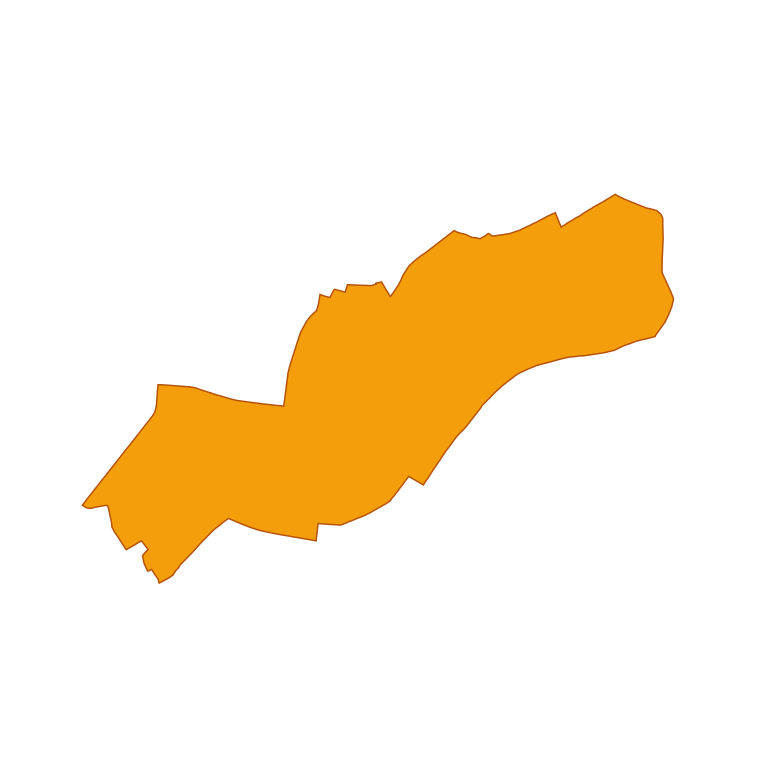 outline of Sai Noi, Nonthaburi, Thailand, rotated 63°
{"feature_id": "78962969B41113912709899", "entity_name": "Sai Noi", "entity_type": "district", "adm_level": 2, "iso_a3": "THA", "parent_name": "Thailand", "parent_adm1": "Nonthaburi", "projection": "mercator", "projection_center": [100.322, 14.005], "detail": "fine", "context": "isolated", "style": "filled", "palette": "amber", "viewbox_px": 768, "rotation_deg": 63, "n_neighbors": 0, "source": "geoboundaries", "source_scale": "gbopen_adm2", "svg_char_len": 6093}
<svg xmlns="http://www.w3.org/2000/svg" viewBox="0 0 768 768"><g transform="rotate(63 384 384)"><path d="M491.8,394.7L490.9,393.4L489.0,389.9L488.1,388.0L487.6,387.1L486.9,386.1L486.5,385.2L485.6,383.8L483.9,380.9L482.8,379.1L480.5,374.8L479.6,373.3L477.3,369.0L472.7,360.9L471.2,358.0L470.2,355.8L468.9,353.2L467.6,350.7L466.3,348.0L465.6,346.8L465.1,345.8L463.8,343.1L463.4,342.1L462.8,340.2L462.3,339.1L462.1,338.2L460.9,334.5L460.2,332.6L459.6,330.9L458.9,329.2L455.3,321.7L453.4,317.6L451.9,314.3L449.6,309.4L449.0,308.4L447.8,306.4L447.5,305.7L447.1,304.6L445.5,299.8L444.8,297.5L443.5,293.6L442.6,291.2L441.3,286.7L440.3,283.1L439.5,280.0L439.1,278.8L438.7,276.6L438.1,273.4L437.7,271.6L436.9,267.2L436.8,265.9L436.3,263.8L436.1,262.8L436.0,261.8L435.8,260.9L435.8,259.9L435.7,257.2L435.9,255.1L435.8,254.4L435.9,253.8L436.0,250.9L436.0,249.6L436.1,248.3L436.8,239.9L437.0,238.7L437.6,235.8L438.1,233.5L439.0,229.4L439.7,226.3L441.2,218.9L441.9,215.3L442.2,214.4L442.9,211.3L443.5,208.6L446.5,200.7L447.9,196.7L449.7,192.8L450.1,191.6L452.0,186.0L453.3,181.9L456.1,173.5L456.5,172.0L456.7,171.2L457.1,169.3L457.5,167.6L457.7,166.6L458.2,164.9L458.4,164.0L458.5,162.7L458.6,160.9L458.7,154.7L458.7,153.3L459.2,149.3L459.8,145.4L460.1,142.2L460.4,139.7L461.6,134.1L462.2,132.2L464.7,121.5L464.7,121.2L464.6,120.6L464.1,120.3L456.3,105.3L451.1,98.5L445.8,92.5L443.1,90.3L440.7,88.1L439.3,87.3L438.6,87.2L432.5,86.6L415.6,85.9L410.7,85.6L399.5,79.7L381.4,69.4L366.8,62.4L364.9,61.3L362.4,60.3L360.6,60.2L359.1,60.2L357.8,60.4L356.7,60.9L355.9,61.3L354.8,61.6L353.2,62.4L350.2,65.6L346.3,70.3L344.0,72.4L337.8,77.8L328.6,85.7L325.7,87.9L323.8,89.4L320.0,91.9L320.6,100.2L320.8,102.5L321.1,105.9L321.3,113.3L321.5,117.3L321.6,118.3L321.8,119.3L321.9,122.7L322.1,124.2L322.2,125.3L322.3,127.8L323.1,132.8L323.1,136.1L323.1,137.2L323.2,139.3L323.5,141.8L323.6,143.4L323.6,144.3L323.8,147.1L324.2,150.3L324.6,154.9L321.1,154.7L316.9,154.3L309.2,153.6L309.1,156.0L308.9,157.3L308.8,158.3L308.9,160.1L308.9,160.7L308.7,162.3L308.7,163.6L308.9,165.0L308.9,167.1L309.0,173.9L309.0,176.4L308.9,177.3L308.9,179.7L308.9,182.8L308.7,186.1L308.7,188.1L308.5,193.3L308.5,193.9L307.9,197.7L307.6,200.0L307.4,201.3L307.3,202.1L307.0,203.8L306.6,205.5L305.9,207.0L305.4,208.8L304.5,211.6L303.7,213.7L302.2,218.3L301.9,219.1L301.2,220.2L300.5,220.7L300.1,221.0L299.7,221.3L298.6,221.7L298.0,222.0L297.5,222.5L297.3,222.7L297.3,222.8L297.3,223.2L297.5,224.5L297.7,225.5L297.9,226.3L298.0,226.8L298.0,230.4L298.2,231.7L298.2,232.3L298.0,232.7L297.5,233.4L296.9,233.9L296.4,234.5L295.3,235.7L295.1,236.0L294.6,237.2L293.4,238.9L292.2,240.0L290.3,241.4L288.2,243.0L287.2,243.9L284.0,247.8L282.7,249.1L281.9,249.9L279.1,251.9L279.1,252.0L279.4,253.1L280.0,256.5L280.3,257.7L280.4,259.1L280.8,260.6L281.6,264.8L282.6,270.0L284.7,281.2L285.9,287.3L286.5,292.9L288.0,300.4L289.6,306.4L290.3,308.4L291.5,310.6L295.8,317.8L298.5,321.0L300.2,323.2L302.0,325.8L305.9,332.5L308.8,338.2L308.8,338.5L308.6,338.8L304.4,339.0L301.4,339.3L298.5,339.5L292.0,339.8L291.0,343.7L290.4,345.4L290.5,345.5L291.3,345.4L291.4,345.5L290.7,350.6L290.4,350.9L282.7,364.9L278.9,371.5L281.3,373.7L282.8,375.3L284.6,376.8L284.3,377.3L283.6,377.9L277.3,384.9L277.2,385.1L277.1,385.4L280.0,389.6L282.4,392.9L279.8,395.8L277.7,398.1L275.1,400.3L279.5,403.5L281.1,404.7L282.2,405.5L283.4,406.5L284.7,407.6L286.0,408.8L287.4,410.3L288.0,411.0L288.2,411.4L288.6,413.0L288.9,414.7L289.4,415.9L290.4,418.9L291.5,421.4L291.9,422.3L293.6,425.5L296.3,429.3L297.7,431.4L298.9,433.1L300.3,435.0L302.2,437.0L304.3,439.2L306.0,440.8L306.8,441.6L308.6,443.5L314.9,449.6L316.1,450.9L319.6,454.4L323.6,458.3L327.1,461.5L330.4,464.3L330.7,464.6L334.0,466.8L335.5,467.8L339.3,470.5L345.0,474.3L358.2,483.4L349.4,496.9L346.3,501.6L343.1,506.2L340.5,510.1L337.8,514.0L335.6,517.2L333.8,519.7L332.2,522.1L330.4,524.3L328.6,526.4L326.6,528.6L319.3,536.2L317.9,537.9L313.3,542.4L310.2,545.6L308.0,547.7L306.3,549.6L305.0,550.8L304.4,551.3L302.6,553.0L301.2,554.6L299.9,556.2L298.3,558.4L297.5,559.7L295.9,562.5L294.2,565.2L291.4,569.9L290.7,571.0L287.8,575.7L283.2,583.5L282.1,585.7L287.6,589.2L289.2,590.1L290.9,591.2L292.3,591.9L294.7,593.5L298.1,595.5L300.3,597.0L303.2,599.3L304.0,600.0L304.6,600.7L305.2,601.3L306.9,604.0L310.1,610.6L312.0,614.8L313.4,617.8L314.4,620.0L314.9,621.3L316.6,624.7L319.3,630.5L321.0,634.2L323.9,640.5L326.4,646.2L329.8,653.3L337.9,670.9L338.6,672.2L341.2,678.2L344.5,685.1L346.4,689.4L348.8,694.5L351.2,699.7L353.4,704.3L355.0,707.8L357.2,706.6L358.4,705.9L359.0,705.5L360.5,703.7L361.5,702.2L363.2,695.6L365.6,687.6L366.4,686.0L366.9,685.6L368.3,685.6L377.8,688.1L384.1,689.8L387.8,691.3L388.8,691.4L393.6,691.3L399.2,690.5L414.3,689.1L414.6,688.5L414.1,679.4L413.8,675.6L413.7,671.4L414.7,671.1L424.3,669.3L425.8,673.5L427.1,676.8L427.2,677.0L427.3,677.1L434.4,679.1L440.4,679.5L443.6,679.4L443.7,675.3L447.9,674.8L448.7,674.7L449.1,674.8L449.5,674.7L453.3,674.1L454.8,673.9L455.4,673.9L455.7,673.9L457.0,674.3L459.3,674.7L459.3,672.0L459.2,664.8L459.0,662.0L458.5,659.8L458.5,658.9L456.9,656.3L455.2,653.0L455.0,651.7L453.2,648.4L452.7,647.8L452.5,647.3L447.0,631.0L442.7,619.9L438.2,606.6L436.3,600.6L435.2,594.2L434.3,590.8L433.4,585.3L433.2,583.5L435.7,581.5L437.8,579.7L438.1,579.4L438.9,579.0L439.2,578.7L439.5,578.4L439.8,578.0L443.3,575.1L450.3,568.9L453.1,566.2L455.4,563.8L457.5,561.7L459.6,559.4L463.6,554.3L464.0,553.7L464.5,553.1L465.2,552.4L466.3,551.1L467.4,549.6L468.2,548.5L469.4,547.0L471.8,543.9L476.6,537.4L478.9,534.5L480.0,532.9L482.9,529.0L485.4,525.7L492.9,515.7L478.4,506.1L480.6,502.5L485.1,495.0L488.5,489.3L489.7,487.3L489.9,486.9L490.2,485.2L490.5,481.7L490.6,480.6L490.7,479.1L490.8,477.3L490.9,476.4L491.0,475.5L491.3,472.9L491.4,470.7L492.3,461.8L492.4,459.9L492.4,455.1L492.0,447.2L491.8,442.2L491.6,439.2L491.6,437.0L491.2,433.7L491.1,432.8L490.9,431.8L490.5,430.8L489.5,429.0L489.0,427.9L488.6,426.9L488.1,425.5L487.3,423.9L485.7,420.6L484.6,418.2L483.6,416.2L482.7,414.3L480.2,409.4L477.6,403.9L479.8,402.5L490.3,395.7L491.8,394.7Z" fill="#f59e0b" stroke="#b45309" stroke-width="1.5"/></g></svg>